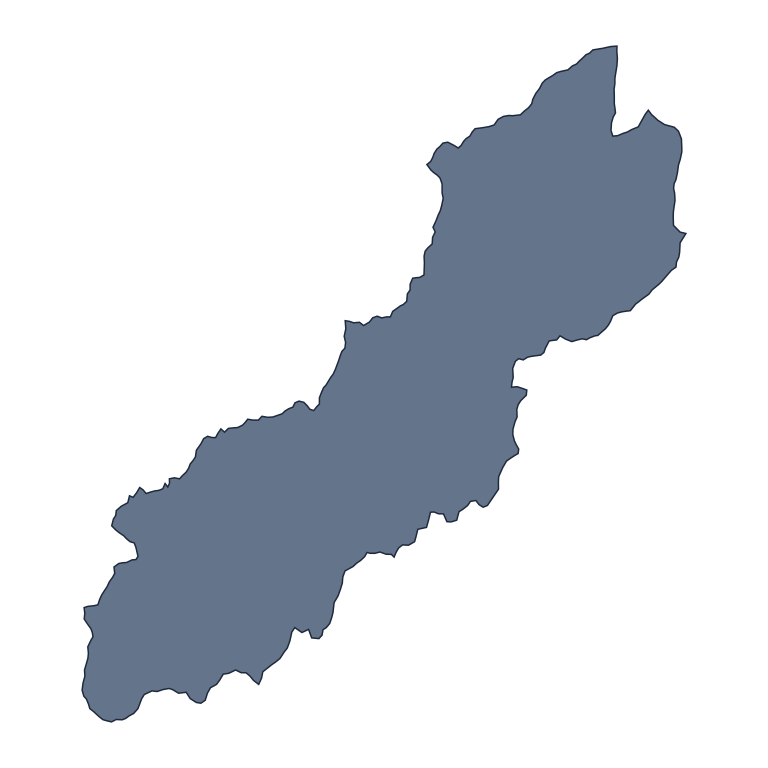 the district of Agudos, São Paulo, Brazil
{"feature_id": "56859067B30413823559578", "entity_name": "Agudos", "entity_type": "district", "adm_level": 2, "iso_a3": "BRA", "parent_name": "Brazil", "parent_adm1": "São Paulo", "projection": "equal_earth", "projection_center": [-49.116, -22.562], "detail": "fine", "context": "isolated", "style": "filled", "palette": "slate", "viewbox_px": 768, "rotation_deg": 0, "n_neighbors": 0, "source": "geoboundaries", "source_scale": "gbopen_adm2", "svg_char_len": 5212}
<svg xmlns="http://www.w3.org/2000/svg" viewBox="0 0 768 768"><path d="M308.6,629.4L311.7,637.9L318.9,638.6L322.1,635.1L323.0,629.7L326.2,627.7L329.7,623.5L331.7,617.6L333.0,612.4L334.1,602.6L338.0,596.0L340.3,589.7L342.3,583.2L342.8,577.0L345.0,570.9L353.1,566.5L356.6,563.2L360.7,560.4L364.7,556.6L367.0,552.5L370.3,553.3L375.0,553.3L379.9,552.0L386.1,554.2L391.4,554.4L394.1,557.1L396.1,552.3L398.7,547.9L402.6,544.9L408.5,545.2L414.6,541.7L415.8,537.4L417.8,529.3L426.5,527.4L428.6,519.9L430.5,512.2L434.1,512.0L438.5,513.8L443.5,513.9L446.9,521.7L451.1,521.9L456.7,520.2L459.0,511.7L463.1,509.1L467.6,505.5L470.4,501.4L475.9,500.5L479.0,504.6L483.1,507.2L487.4,505.5L498.5,489.2L498.4,482.0L498.7,476.6L502.7,467.6L506.5,461.1L510.1,458.5L515.0,455.3L518.1,453.6L518.7,449.1L516.3,444.8L514.5,441.1L512.8,434.6L513.0,429.0L515.0,421.8L517.1,417.0L516.8,409.4L518.2,404.7L520.7,400.7L526.3,395.2L526.8,390.0L522.3,388.4L517.1,386.7L511.5,387.2L512.0,382.3L513.2,377.4L512.7,368.4L515.4,361.3L518.7,358.7L523.2,359.9L527.6,357.2L531.5,356.3L540.7,355.1L543.9,352.5L545.3,348.4L549.2,340.9L552.8,340.4L556.7,339.9L560.0,335.8L565.3,339.0L571.8,341.6L576.4,340.2L582.1,338.8L586.5,339.7L589.6,337.9L594.7,335.9L597.9,335.4L601.3,332.3L605.5,328.7L608.3,325.2L610.5,321.4L612.8,315.7L617.2,313.1L621.6,311.9L625.9,311.2L630.3,310.7L633.2,307.1L635.7,304.0L638.8,301.7L641.6,299.4L648.9,294.1L652.3,289.7L655.1,287.4L659.3,283.9L662.0,281.2L666.6,275.8L671.4,270.3L676.0,267.1L676.5,262.0L678.8,257.1L679.6,252.6L680.1,242.8L683.1,238.0L685.9,233.5L680.1,232.1L673.5,225.4L673.2,216.7L673.4,211.7L674.1,206.5L675.0,200.5L674.6,193.0L673.6,188.6L674.1,183.7L676.0,179.5L677.5,172.2L678.5,164.9L680.2,159.5L681.8,151.9L681.8,147.5L681.4,138.8L678.4,131.1L674.2,127.2L664.6,124.6L657.7,120.2L655.0,117.6L651.6,114.6L648.3,110.2L645.1,114.5L638.2,126.9L631.6,129.6L627.2,132.1L623.3,133.3L617.6,135.7L612.8,136.1L611.0,130.4L611.5,122.9L613.2,117.0L615.5,112.9L615.0,108.7L614.3,103.6L614.3,95.8L614.1,89.4L614.9,83.4L614.9,78.2L615.7,73.2L616.9,65.8L617.4,58.5L616.8,50.6L617.0,46.1L611.2,46.5L606.7,47.4L603.4,48.2L598.4,49.0L592.9,49.9L589.5,53.2L586.0,54.7L582.9,57.8L579.3,61.1L576.4,64.1L572.4,65.9L567.9,69.9L561.3,71.3L556.8,72.6L552.1,75.9L548.1,78.2L545.1,80.1L542.2,83.2L539.6,88.4L535.8,93.4L532.8,99.3L531.8,103.6L528.7,107.6L524.2,111.2L520.4,114.8L516.2,115.3L512.8,115.7L508.7,115.5L503.5,116.4L498.1,119.3L494.1,125.0L488.7,126.7L482.0,127.8L475.1,128.7L472.3,131.9L469.9,136.1L466.0,138.7L463.6,141.4L461.1,145.5L458.2,148.0L454.0,145.4L447.8,142.2L442.9,143.1L440.0,146.4L436.8,149.2L434.2,153.3L432.8,157.3L430.8,161.3L426.9,164.6L430.8,169.9L433.6,172.5L437.2,175.1L440.0,178.0L442.1,183.9L442.1,192.9L443.2,198.3L441.7,205.5L440.2,210.9L438.2,215.0L436.2,220.3L433.0,227.3L435.2,231.9L432.6,237.3L432.2,243.9L428.1,247.6L425.2,251.1L424.1,256.1L424.4,263.0L424.0,274.9L419.8,277.4L416.3,277.7L412.7,278.2L410.1,284.3L410.1,290.0L407.4,293.8L406.7,301.4L403.3,304.5L400.3,305.9L397.2,308.2L392.7,311.4L390.4,316.9L386.5,316.9L381.7,317.9L377.2,316.2L372.7,317.8L369.5,322.0L363.6,325.5L359.4,322.3L353.6,322.8L349.6,321.4L345.2,320.7L345.8,328.8L344.2,336.3L345.6,342.5L344.9,348.2L341.9,351.4L340.3,355.5L338.4,361.3L335.4,369.3L333.1,374.3L330.7,377.4L328.5,381.0L326.1,385.0L323.5,387.8L321.5,392.4L319.4,397.8L319.4,404.0L316.6,406.9L313.7,410.6L309.8,409.2L307.2,405.7L303.8,402.3L299.0,401.1L295.0,402.8L292.9,407.1L288.8,408.7L285.3,410.8L282.1,413.8L277.5,415.4L272.9,417.0L267.7,417.3L261.9,416.3L258.4,420.1L252.9,420.1L247.7,419.2L245.3,422.3L242.6,425.1L237.8,427.5L232.1,428.0L228.4,428.4L224.5,432.2L220.9,428.9L217.8,433.5L215.6,437.6L211.8,437.5L207.6,436.3L203.6,438.7L201.0,443.7L196.4,450.2L195.4,457.0L193.1,460.5L190.2,464.0L188.6,468.3L186.0,472.3L182.3,475.7L179.6,478.8L174.3,477.8L169.4,478.8L169.5,483.3L167.8,487.0L165.1,483.5L162.8,488.8L158.7,490.4L154.8,490.9L150.8,492.0L146.1,493.5L143.1,489.9L139.7,487.5L136.6,492.8L133.1,497.3L129.5,495.8L127.8,502.7L121.2,506.3L116.3,510.6L115.7,515.5L113.4,519.1L111.7,525.8L115.8,530.0L119.3,532.8L123.7,535.7L126.9,539.1L130.1,541.7L134.2,542.9L135.9,547.3L138.0,556.4L135.9,559.6L132.0,559.9L126.6,562.5L122.3,562.8L118.8,563.5L114.0,567.0L114.7,573.4L112.5,577.5L109.4,581.7L107.1,586.7L104.1,591.2L101.7,595.0L99.7,599.3L97.9,604.8L94.0,605.7L87.7,606.4L84.1,607.6L84.8,613.3L84.2,619.0L87.3,623.7L90.9,628.7L92.3,632.5L93.0,636.8L91.0,640.1L87.8,646.8L88.4,653.4L87.9,658.3L86.3,663.9L84.5,670.0L84.9,676.2L83.1,682.7L82.1,690.1L83.8,696.1L86.5,699.2L88.6,704.4L89.8,708.6L93.5,711.5L99.4,716.9L102.8,719.6L106.5,720.7L111.5,721.9L116.2,719.5L122.2,719.8L125.7,718.4L129.4,715.7L133.7,713.4L137.9,708.7L141.7,698.7L144.3,694.5L152.0,690.9L157.2,691.5L163.2,689.5L169.1,688.5L172.4,689.5L178.6,693.2L186.2,692.3L190.2,698.6L196.4,702.5L200.9,703.2L205.2,700.3L207.5,693.0L210.5,687.7L216.5,684.4L219.7,680.1L223.2,674.2L228.7,673.3L231.9,671.8L235.6,670.0L241.1,672.7L246.1,672.8L250.1,676.2L253.5,680.4L258.7,684.4L261.6,678.0L262.8,671.8L271.3,665.0L275.8,661.9L280.0,658.4L284.2,652.0L287.3,648.0L289.9,640.9L291.8,632.1L294.8,627.6L301.9,632.5L308.6,629.4Z" fill="#64748b" stroke="#1e293b" stroke-width="1.5"/></svg>